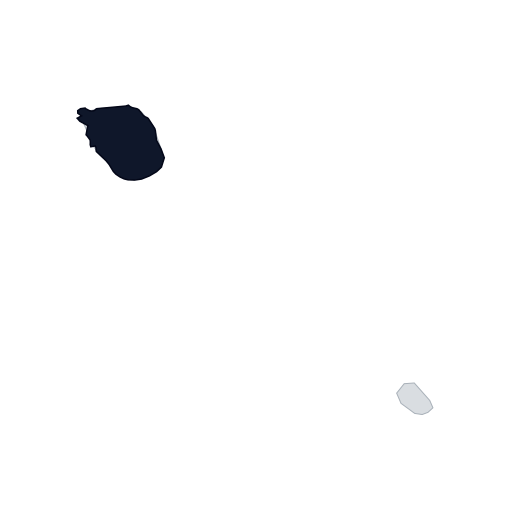 location of São Tomé within São Tomé and Principe, rotated 102°
{"feature_id": "STP-4861", "entity_name": "São Tomé", "entity_type": "state/province", "adm_level": 1, "iso_a3": "STP", "parent_name": "São Tomé and Principe", "parent_adm1": "", "projection": "mercator", "projection_center": [6.595, 0.217], "detail": "fine", "context": "in_parent", "style": "filled", "palette": "ink", "viewbox_px": 512, "rotation_deg": 102, "n_neighbors": 0, "source": "natural_earth", "source_scale": "10m", "svg_char_len": 1136}
<svg xmlns="http://www.w3.org/2000/svg" viewBox="0 0 512 512"><g transform="rotate(102 256 256)"><path d="M183.4,437.0L158.3,454.9L149.2,450.3L143.6,437.8L136.6,411.0L138.9,398.1L150.3,383.4L175.1,368.7L190.0,367.7L205.4,386.9L205.4,407.0L183.4,437.0ZM370.0,83.5L360.9,89.9L350.1,84.5L347.3,74.8L361.2,56.0L367.7,51.4L373.2,55.3L376.5,60.5L377.0,68.0L370.0,83.5Z" fill="#d9dde1" stroke="#a8b0b8" stroke-width="1"/><path d="M188.7,367.0L194.2,370.8L199.8,376.9L204.5,383.9L207.0,390.6L208.1,397.1L208.0,401.0L207.0,405.4L205.1,410.1L203.0,413.1L197.0,418.7L194.0,422.4L187.0,433.9L185.5,434.5L183.3,435.0L181.8,436.1L183.5,440.3L181.6,441.3L178.9,441.8L177.0,442.4L173.2,446.7L172.8,447.4L164.6,447.6L163.5,447.4L160.9,456.2L158.4,459.6L155.2,455.8L153.4,460.0L150.9,460.6L148.4,458.3L146.8,453.9L147.2,453.6L148.4,449.4L148.5,447.4L147.7,444.9L146.7,443.8L145.8,443.3L145.0,442.4L136.4,414.6L135.0,412.2L136.1,410.1L136.6,407.9L136.7,403.0L137.3,401.1L142.0,395.4L143.0,393.2L143.2,391.6L143.8,390.1L152.4,381.5L154.3,380.5L163.5,377.4L171.1,371.1L179.0,366.1L188.7,367.0Z" fill="#0f172a" stroke="#020617" stroke-width="1.5"/></g></svg>